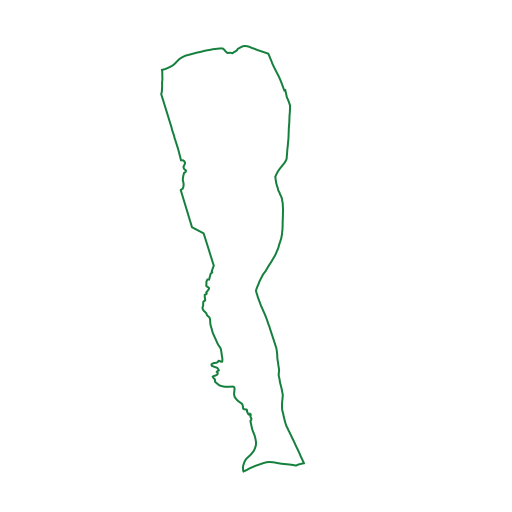 outline of Leuk Daek, Kândal, Cambodia, rotated 343°
{"feature_id": "14789045B16500497794809", "entity_name": "Leuk Daek", "entity_type": "district", "adm_level": 2, "iso_a3": "KHM", "parent_name": "Cambodia", "parent_adm1": "Kândal", "projection": "albers", "projection_center": [105.189, 11.12], "detail": "fine", "context": "isolated", "style": "outline", "palette": "green", "viewbox_px": 512, "rotation_deg": 343, "n_neighbors": 0, "source": "geoboundaries", "source_scale": "gbopen_adm2", "svg_char_len": 6098}
<svg xmlns="http://www.w3.org/2000/svg" viewBox="0 0 512 512"><g transform="rotate(343 256 256)"><path d="M220.5,50.5L220.3,52.3L219.7,54.1L218.9,57.1L218.0,60.1L216.9,62.7L215.7,66.7L214.6,69.7L214.0,71.3L212.7,73.5L212.8,108.1L212.6,111.2L212.7,114.3L212.8,117.2L212.6,119.4L212.7,121.7L212.8,131.1L212.3,142.6L214.2,143.2L215.0,144.2L215.4,145.8L215.0,146.9L214.3,147.8L212.7,149.5L212.6,151.2L213.0,152.3L214.0,153.7L213.2,155.1L211.5,155.5L209.9,158.1L208.8,160.3L208.2,161.9L208.1,163.1L208.0,165.0L207.8,166.1L207.2,167.7L206.5,169.1L205.5,170.2L203.9,170.7L203.3,170.9L203.2,209.8L212.5,219.0L212.6,222.4L212.8,252.9L209.2,257.6L209.5,258.6L209.1,259.1L207.9,259.4L207.1,260.1L206.5,261.3L205.6,262.6L204.8,264.0L204.3,264.8L202.7,264.3L201.0,266.1L200.7,267.4L200.1,269.0L199.7,269.9L200.4,271.2L201.1,271.8L201.7,273.0L201.3,273.8L199.9,274.9L197.8,276.3L197.9,277.4L197.3,278.0L195.7,278.1L195.3,279.0L194.9,280.8L194.7,282.1L194.5,283.4L193.8,283.9L192.8,284.0L192.1,284.6L191.4,286.6L190.9,288.1L189.6,289.9L189.6,291.3L189.8,292.5L190.1,293.3L190.9,294.6L191.5,295.7L191.8,297.2L191.9,298.4L192.1,299.0L192.9,300.0L193.4,301.0L193.6,301.9L193.5,303.5L193.0,305.4L192.4,308.1L192.3,310.4L192.3,312.9L192.2,316.7L192.5,319.7L192.9,322.5L193.3,325.8L193.7,328.9L194.2,330.9L194.9,333.0L195.2,334.9L194.9,337.0L194.6,339.0L194.2,341.5L194.1,342.7L193.9,343.7L193.7,344.9L193.1,346.6L192.5,347.2L191.7,346.9L191.2,346.5L190.5,345.7L189.6,345.3L188.9,345.9L188.2,346.3L186.8,346.5L185.7,346.3L184.0,346.0L182.7,346.3L181.9,346.5L181.6,347.2L181.7,348.2L183.5,349.6L184.4,350.3L186.2,351.6L186.5,352.4L186.9,353.6L187.0,354.4L186.0,354.8L185.0,355.0L184.6,355.4L185.2,356.3L184.9,357.5L183.8,358.2L182.2,358.5L180.7,358.4L179.4,358.7L179.5,359.7L179.9,360.7L180.6,361.9L180.3,363.5L180.1,364.3L181.1,366.0L182.0,367.3L183.2,369.1L185.2,370.4L187.1,371.5L188.9,372.3L191.8,373.1L193.7,373.6L195.7,374.1L196.5,374.7L196.8,375.3L196.8,376.1L196.7,376.6L195.9,378.6L195.0,380.7L194.5,382.3L194.4,384.3L195.0,386.4L195.7,388.0L196.6,389.6L197.9,391.3L199.2,393.0L199.6,394.2L199.5,395.5L199.5,396.7L199.1,397.6L199.2,398.4L200.1,399.2L200.9,399.6L202.0,400.0L202.4,400.9L201.9,401.9L202.1,402.9L202.3,404.6L202.8,405.6L203.2,405.8L204.1,405.1L204.6,405.8L204.5,406.4L203.9,407.5L203.7,408.3L203.9,409.4L204.1,410.1L203.7,410.7L203.4,411.6L202.4,412.2L202.3,413.2L202.1,415.7L201.9,417.8L201.7,421.4L202.0,424.6L202.2,427.6L202.0,430.7L201.6,434.2L200.6,436.9L198.7,439.7L196.9,441.7L195.1,443.0L192.8,444.5L190.1,445.8L187.6,447.0L185.3,448.9L184.2,450.3L182.8,452.2L181.7,454.3L181.3,456.2L181.0,457.4L181.1,458.4L182.8,458.2L184.9,457.9L187.8,457.2L190.5,456.9L194.2,456.5L197.4,456.4L199.7,456.3L203.3,456.2L206.6,456.4L209.1,457.1L212.6,458.5L216.6,460.6L219.8,462.2L223.7,463.8L228.0,465.6L230.5,466.8L233.0,468.1L235.3,467.8L239.6,468.0L241.2,468.2L241.2,467.4L240.9,465.5L240.5,462.6L240.1,460.1L239.9,457.3L239.6,455.5L239.3,453.1L238.7,449.6L238.3,446.3L237.8,442.7L237.3,440.2L237.1,438.1L236.7,435.8L236.4,433.7L236.1,432.5L235.9,430.5L235.5,428.2L235.3,426.7L235.3,424.7L235.3,423.1L235.4,421.1L235.6,417.6L235.9,414.5L236.0,411.0L236.6,408.5L237.3,406.2L238.1,403.8L239.0,401.7L240.1,399.0L240.8,397.3L241.1,396.0L241.3,393.8L241.6,391.4L241.8,388.6L242.0,384.1L242.5,380.4L242.7,378.1L242.8,376.5L243.2,375.9L243.4,374.9L243.9,374.0L244.1,373.5L244.4,372.8L244.7,371.9L244.9,371.0L245.0,370.2L245.3,368.3L245.4,367.0L245.7,365.7L245.9,364.5L246.0,363.5L246.2,361.9L246.4,360.8L246.6,359.7L247.0,358.2L247.4,356.7L247.6,355.5L247.9,354.3L248.1,352.9L248.3,351.8L248.5,350.3L248.5,349.2L248.5,347.6L248.4,346.4L248.5,345.5L248.4,344.4L248.4,341.4L248.3,340.0L248.3,337.5L248.2,334.5L248.2,332.2L248.1,329.9L248.2,327.7L247.9,324.6L247.9,322.5L247.8,319.9L247.7,317.8L247.4,315.0L247.2,312.5L246.9,310.6L246.6,307.6L246.2,305.0L246.1,301.7L245.9,299.5L245.8,297.6L245.7,295.6L245.8,293.9L245.7,291.8L245.8,290.0L245.9,289.0L246.7,287.9L247.2,287.1L247.9,286.3L248.9,285.0L249.5,284.4L250.6,283.0L251.0,282.6L251.4,281.9L252.1,281.1L252.8,280.4L253.5,279.6L254.2,278.9L255.0,278.1L255.6,277.5L256.3,276.7L257.1,276.0L257.8,275.3L258.7,274.7L259.7,274.0L260.5,273.5L261.5,272.5L263.0,271.2L264.3,269.9L266.1,268.4L267.4,267.3L269.2,265.8L271.0,264.1L272.7,262.6L274.5,260.9L275.9,259.4L277.2,257.7L278.7,256.0L279.9,254.5L281.5,251.8L282.2,250.9L283.3,249.4L284.0,248.3L285.1,246.8L285.7,245.7L286.4,244.3L287.2,242.9L287.8,241.3L288.4,239.8L289.1,238.3L289.7,236.5L290.2,235.2L290.5,234.3L290.9,232.9L291.3,231.7L291.8,230.3L292.2,229.1L292.8,227.4L293.1,226.5L293.6,225.1L294.1,223.5L294.5,222.2L295.2,220.3L295.6,218.7L295.8,217.9L296.1,216.7L296.4,215.5L296.9,213.8L297.1,212.0L297.3,210.2L297.6,209.0L297.5,208.0L297.5,206.8L297.3,205.4L297.1,204.6L297.0,203.2L297.0,202.1L296.6,200.6L296.5,199.4L296.6,198.2L296.7,197.2L296.6,196.0L296.6,194.9L296.6,193.6L296.7,192.5L296.7,191.5L297.0,190.2L297.1,188.7L297.3,187.8L297.6,186.3L297.6,185.8L298.4,185.0L299.7,183.5L300.6,182.6L302.3,181.0L304.4,179.4L307.9,177.0L310.2,175.5L312.6,173.4L313.8,171.8L314.5,169.9L315.7,167.0L317.2,163.1L318.9,159.2L319.8,156.9L321.0,154.1L322.1,151.1L323.2,147.9L324.0,145.6L324.7,143.5L325.5,141.5L327.0,137.7L328.1,134.4L329.2,131.3L330.1,129.2L331.0,126.7L331.8,124.5L332.6,121.9L332.5,121.2L332.5,120.3L332.5,118.9L332.3,116.2L332.0,113.9L331.9,113.1L332.1,111.0L332.5,105.9L331.5,106.0L331.3,103.8L331.1,99.0L330.7,94.4L330.3,91.0L329.6,87.2L329.0,83.9L328.4,80.4L327.9,76.9L327.7,73.8L327.4,71.2L327.2,68.4L326.9,66.1L324.4,64.3L322.0,62.6L319.8,61.0L317.5,59.4L315.1,57.4L312.3,55.4L310.8,54.0L308.5,52.6L306.3,51.8L304.6,51.6L302.6,51.9L300.6,52.3L299.0,52.7L297.8,53.8L297.1,54.0L296.6,54.2L295.6,54.4L294.5,54.6L292.9,55.2L292.1,54.8L291.2,54.3L289.6,53.8L288.0,53.5L287.4,52.5L286.7,51.3L285.8,49.2L284.9,47.9L283.2,47.2L280.2,46.6L275.6,45.7L272.0,45.4L267.8,44.8L262.8,44.6L258.6,44.2L254.3,44.1L251.7,44.0L247.3,43.8L243.8,44.3L240.4,45.2L237.2,46.9L234.7,48.3L232.5,49.3L229.9,49.9L226.6,50.4L223.8,50.7L222.0,50.6L220.5,50.5Z" fill="none" stroke="#15803d" stroke-width="2"/></g></svg>